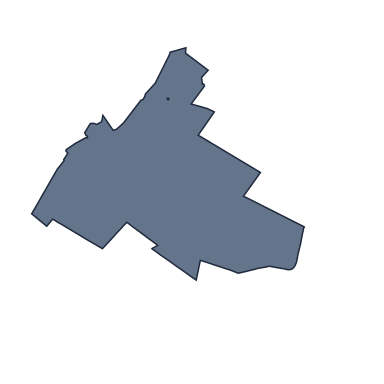 the district of Tamdi, Navoi, Uzbekistan, rotated 126°
{"feature_id": "79887680B37906364425566", "entity_name": "Tamdi", "entity_type": "district", "adm_level": 2, "iso_a3": "UZB", "parent_name": "Uzbekistan", "parent_adm1": "Navoi", "projection": "equal_earth", "projection_center": [65.436, 42.347], "detail": "fine", "context": "isolated", "style": "filled", "palette": "slate", "viewbox_px": 384, "rotation_deg": 126, "n_neighbors": 0, "source": "geoboundaries", "source_scale": "gbopen_adm2", "svg_char_len": 2208}
<svg xmlns="http://www.w3.org/2000/svg" viewBox="0 0 384 384"><g transform="rotate(126 192 192)"><path d="M297.9,309.5L303.9,308.9L305.1,289.4L299.3,289.0L297.1,288.9L295.9,288.7L295.6,286.4L295.5,283.6L295.0,279.5L294.0,268.5L293.3,260.7L293.2,259.8L292.7,253.8L292.4,249.9L291.7,243.2L290.5,231.4L290.5,231.2L286.9,230.7L282.6,230.2L275.2,229.3L270.9,228.9L269.2,228.7L262.1,227.8L260.9,227.7L258.8,227.5L257.8,227.3L254.9,227.0L254.9,224.9L254.8,223.9L254.9,223.0L255.0,219.0L255.0,217.5L255.0,215.2L255.1,213.7L255.0,211.6L255.0,210.1L255.1,208.8L255.1,206.2L255.1,204.9L255.1,203.8L255.2,201.3L255.2,200.6L255.2,199.6L255.2,198.2L255.2,197.5L255.2,195.2L255.2,192.5L255.3,191.6L255.2,190.7L255.2,190.4L255.4,188.4L259.6,190.3L260.6,190.9L261.4,191.1L261.5,189.5L261.4,184.6L261.4,182.9L261.5,180.9L261.3,173.3L261.2,169.7L261.2,167.8L261.2,162.6L261.2,161.0L261.0,152.7L261.0,144.0L260.9,139.2L260.8,136.8L255.3,139.3L254.1,139.8L248.4,142.4L242.4,145.1L241.6,142.7L241.0,140.9L240.0,137.9L238.5,133.2L238.1,131.7L236.5,126.9L235.3,123.1L234.5,120.4L233.5,117.6L232.7,115.2L230.5,106.8L224.4,101.5L219.6,97.5L216.7,95.0L214.6,93.4L209.4,88.2L207.5,86.6L206.5,85.6L205.2,83.0L205.2,82.7L204.6,81.8L203.9,80.1L203.8,79.9L203.6,79.3L203.2,78.8L200.7,73.6L200.1,72.5L199.4,70.9L199.1,70.0L198.1,68.2L196.7,66.6L195.6,65.9L194.4,65.4L192.0,65.3L190.4,65.5L187.4,66.2L184.4,67.6L183.8,67.8L183.4,68.0L183.2,68.2L181.0,69.2L180.4,69.5L171.9,73.0L170.8,73.4L164.7,76.3L164.1,76.6L162.9,77.1L162.1,77.5L161.3,77.9L158.5,79.1L155.5,80.5L154.9,80.5L154.7,80.6L154.3,80.5L154.2,80.6L165.1,147.9L136.0,148.1L142.4,220.4L114.1,221.0L115.4,228.4L121.3,244.4L98.9,244.2L97.7,246.0L98.6,247.0L93.7,251.6L84.0,250.5L83.5,278.9L78.9,281.7L91.6,291.8L95.0,290.8L125.6,285.7L140.2,287.3L142.3,286.4L146.0,286.0L147.9,287.3L176.3,288.0L185.6,289.9L188.4,292.1L182.4,309.1L188.3,306.4L193.5,308.9L194.1,311.7L196.3,314.5L207.1,313.7L208.6,310.9L208.3,309.4L209.6,308.5L210.8,310.0L220.9,314.8L231.7,318.7L232.9,318.1L233.6,315.3L241.3,314.8L241.9,313.9L253.0,314.4L297.9,309.5ZM131.7,266.0L130.7,267.0L130.6,266.5L130.1,266.2L130.4,265.3L131.3,265.2L131.7,266.0Z" fill="#64748b" stroke="#1e293b" stroke-width="1.5"/></g></svg>